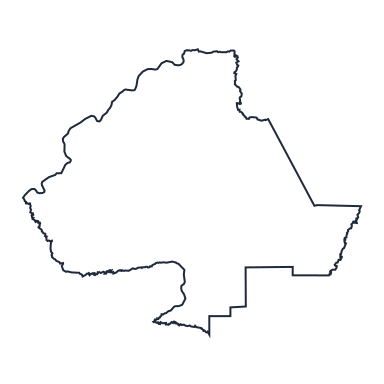 outline of Lusangazi, Eastern, Zambia
{"feature_id": "96606910B89827390447979", "entity_name": "Lusangazi", "entity_type": "district", "adm_level": 2, "iso_a3": "ZMB", "parent_name": "Zambia", "parent_adm1": "Eastern", "projection": "mercator", "projection_center": [31.454, -13.775], "detail": "fine", "context": "isolated", "style": "outline", "palette": "slate", "viewbox_px": 384, "rotation_deg": 0, "n_neighbors": 0, "source": "geoboundaries", "source_scale": "gbopen_adm2", "svg_char_len": 5896}
<svg xmlns="http://www.w3.org/2000/svg" viewBox="0 0 384 384"><path d="M34.5,189.0L31.5,189.1L29.2,190.7L25.0,195.0L23.0,197.8L24.3,199.4L24.8,201.2L25.9,201.7L25.9,203.4L26.6,203.5L27.0,203.0L28.7,204.0L29.7,203.3L30.1,203.5L30.0,204.2L30.7,206.0L30.1,207.9L31.0,209.6L30.3,212.3L31.5,213.1L32.9,213.3L33.3,214.8L32.9,215.1L32.0,214.7L31.6,215.4L32.0,217.1L33.4,217.8L32.4,218.6L32.5,219.0L34.6,220.1L35.6,222.0L36.2,221.7L35.9,221.0L36.2,220.8L38.0,221.0L38.4,221.5L38.0,222.3L38.3,222.9L39.9,222.7L40.2,223.7L39.5,224.8L39.7,226.1L38.6,226.9L38.5,227.5L41.2,229.4L41.9,230.4L41.8,231.5L42.8,232.2L43.4,233.3L45.2,233.7L45.4,235.1L45.0,236.0L46.6,236.5L46.0,237.3L46.4,237.9L46.6,240.2L47.6,241.0L48.9,240.5L50.0,241.2L51.9,240.7L51.9,241.4L51.0,241.8L50.5,248.4L51.0,251.6L52.4,253.4L51.5,255.0L52.1,255.9L51.9,256.9L54.0,258.9L55.3,259.4L56.2,260.8L59.5,262.2L60.1,263.6L63.0,263.0L63.1,263.7L61.8,266.0L63.2,270.2L66.2,271.8L67.5,271.4L71.5,272.4L79.3,272.8L79.9,273.8L81.9,274.6L82.6,276.5L85.5,275.0L87.0,273.6L88.2,273.7L88.9,273.0L89.4,273.5L89.0,274.4L89.6,275.3L90.8,274.1L92.4,273.3L92.9,273.9L93.5,273.7L94.1,273.0L94.4,273.1L93.7,274.1L94.0,274.8L95.0,275.1L95.5,274.3L97.2,274.2L97.6,272.6L98.1,273.0L99.1,272.0L100.8,273.0L103.4,271.7L104.7,272.4L105.5,272.3L104.6,273.7L106.0,273.7L106.7,272.6L106.9,271.2L107.3,271.1L108.3,271.8L109.4,270.2L110.0,270.2L109.9,271.2L111.3,270.6L110.5,272.3L112.1,272.5L113.2,272.0L113.4,273.6L116.2,272.5L118.2,270.7L120.0,270.2L120.6,270.2L120.6,270.6L121.6,270.3L121.8,270.9L123.0,270.5L124.2,270.9L125.3,270.5L128.7,270.8L133.0,268.3L134.1,268.9L135.9,268.9L138.1,267.7L141.5,267.4L141.9,267.9L142.4,267.3L145.2,267.2L145.6,266.8L147.3,266.8L147.9,267.5L148.9,267.4L149.7,267.1L149.9,266.4L151.8,266.4L152.0,265.5L153.3,264.6L155.0,264.0L155.9,263.0L157.5,262.6L158.3,262.9L159.8,262.4L160.6,262.7L163.8,262.3L166.5,262.7L172.2,261.6L176.0,262.5L176.4,263.2L178.4,263.7L184.4,269.9L183.8,274.5L184.8,281.8L184.1,283.8L181.4,285.8L181.2,288.5L181.7,290.8L184.1,294.4L185.4,298.6L182.2,304.8L178.8,306.1L175.9,306.1L174.2,306.6L170.7,310.6L168.5,311.1L166.1,313.1L164.8,313.3L163.0,314.5L161.6,314.2L161.4,315.6L160.2,316.7L160.1,317.4L159.1,317.7L158.5,318.8L157.6,318.5L157.8,319.1L156.1,319.4L155.8,320.0L155.4,319.8L154.8,320.8L154.6,320.5L154.4,321.3L153.4,321.8L153.9,322.2L154.8,321.4L156.5,322.8L158.4,322.7L158.7,323.9L159.7,324.0L159.1,322.7L160.4,323.2L160.8,322.2L162.7,323.3L166.0,322.9L165.8,324.5L167.9,324.4L168.2,324.7L168.8,324.1L169.0,324.4L169.7,324.1L171.5,322.1L172.7,322.9L172.8,322.4L173.7,322.7L173.9,322.1L173.6,321.9L174.0,321.5L175.4,322.1L175.2,322.9L175.8,322.9L175.8,323.3L176.7,323.1L177.0,323.7L178.2,323.9L178.4,325.0L179.0,325.3L179.1,324.5L180.2,324.8L180.8,324.2L182.0,325.1L183.8,324.6L185.3,325.6L187.5,326.1L189.8,325.5L190.9,326.4L194.5,327.0L195.1,325.8L196.5,327.2L201.5,328.1L201.8,328.5L201.6,328.8L203.2,329.8L203.5,330.9L204.5,330.5L206.1,332.3L207.2,332.3L207.6,331.8L209.3,334.7L209.3,316.1L230.4,316.1L230.4,307.4L245.8,306.5L245.6,267.4L292.7,266.9L292.7,275.3L328.9,275.4L329.6,274.9L329.5,274.3L330.7,274.1L330.9,273.4L330.3,273.4L330.9,271.8L330.1,271.7L330.3,271.1L332.5,269.7L335.3,269.7L336.6,267.5L336.8,266.1L335.4,265.6L334.6,266.2L335.0,265.7L334.7,264.8L336.3,262.7L337.7,262.5L338.6,259.8L340.4,260.0L341.2,258.5L340.9,257.6L341.1,257.4L341.4,257.9L341.8,257.3L341.9,256.7L341.5,256.4L340.7,256.1L340.3,256.5L340.3,254.1L341.1,253.9L341.7,251.0L342.8,248.8L344.0,248.1L345.9,243.5L345.0,243.3L345.2,242.8L344.4,241.5L345.4,239.7L345.2,239.2L344.4,239.4L344.5,238.4L345.0,237.7L346.4,237.4L346.6,235.0L347.3,233.6L346.9,232.9L348.1,231.4L348.0,230.0L349.9,228.5L351.1,228.3L351.9,226.1L351.4,224.3L352.7,223.2L353.2,221.7L353.5,221.6L353.8,222.6L356.8,223.0L356.6,222.2L355.4,222.1L355.4,221.2L356.8,219.8L356.2,219.1L356.4,218.4L357.3,218.5L358.2,217.2L357.4,214.8L359.2,212.9L359.7,211.1L359.1,210.3L361.0,206.2L317.0,205.1L314.4,205.8L268.2,119.1L265.6,120.1L265.3,119.7L261.6,120.7L257.4,119.4L257.1,118.2L256.2,117.5L251.6,117.1L249.5,117.5L248.9,118.9L247.5,118.7L247.2,119.3L247.3,118.8L246.5,118.8L245.7,117.1L244.6,116.6L244.4,115.7L243.0,114.6L243.1,114.0L242.5,113.7L242.3,112.8L240.6,111.7L239.8,111.8L239.3,110.6L239.5,109.7L238.0,109.8L237.0,106.1L236.8,103.1L237.7,103.1L239.9,104.1L240.8,103.7L240.9,102.9L239.9,102.0L240.2,100.1L239.6,98.3L240.1,97.1L241.3,96.5L241.8,93.6L240.0,91.1L240.5,89.7L239.5,88.1L238.4,86.9L237.2,86.7L234.8,84.2L235.1,83.1L234.8,81.0L235.8,80.1L235.4,76.1L236.3,74.0L234.3,73.2L234.3,72.4L235.9,71.3L236.9,69.2L236.9,67.4L237.8,66.7L238.3,65.5L237.1,64.8L236.3,62.6L238.5,61.3L236.6,59.4L236.7,58.6L237.8,57.6L237.5,56.2L236.0,55.4L235.4,56.7L234.7,56.8L234.3,56.3L234.6,51.9L234.4,50.9L233.8,50.5L230.5,50.6L229.3,51.6L227.9,51.4L226.3,52.2L220.9,52.2L219.7,51.7L218.0,52.2L217.0,51.2L213.1,51.7L211.7,52.7L206.7,53.2L200.1,51.3L198.8,51.6L197.8,49.3L195.1,50.2L192.4,50.1L191.0,50.8L189.0,50.3L187.8,50.5L187.1,50.1L184.7,51.0L184.1,53.7L182.6,54.6L182.3,57.1L183.3,58.9L183.7,61.1L183.4,62.2L181.9,64.1L180.4,64.9L178.6,65.3L174.8,64.9L172.2,62.2L166.5,60.9L161.6,63.2L157.3,69.1L155.3,69.6L151.7,69.0L147.7,69.1L142.9,71.5L138.7,76.0L137.5,79.3L136.4,86.2L134.9,89.7L133.7,90.3L131.8,90.4L125.4,89.5L123.7,90.3L122.9,91.3L119.3,93.6L117.4,96.8L114.3,100.3L112.1,101.8L111.5,105.0L110.1,107.8L108.3,109.9L106.7,112.7L102.8,115.8L100.9,119.9L99.5,121.4L97.2,121.1L95.1,117.3L93.9,116.3L91.4,115.8L85.2,118.9L80.4,122.6L71.0,127.9L69.9,129.0L68.5,131.4L68.0,133.5L64.1,136.9L62.9,138.5L62.9,139.8L63.4,142.2L64.2,143.2L64.6,144.8L64.4,151.6L66.2,156.1L69.9,158.8L70.8,159.9L70.7,160.9L69.8,162.4L67.7,162.8L65.4,164.7L61.3,173.2L56.6,173.3L55.1,175.0L49.0,177.1L42.3,181.8L41.7,183.4L42.0,185.4L44.6,190.6L44.2,192.1L42.3,193.0L39.4,193.2L37.7,192.7L36.8,191.9L35.9,190.3L34.5,189.0Z" fill="none" stroke="#1e293b" stroke-width="2"/></svg>